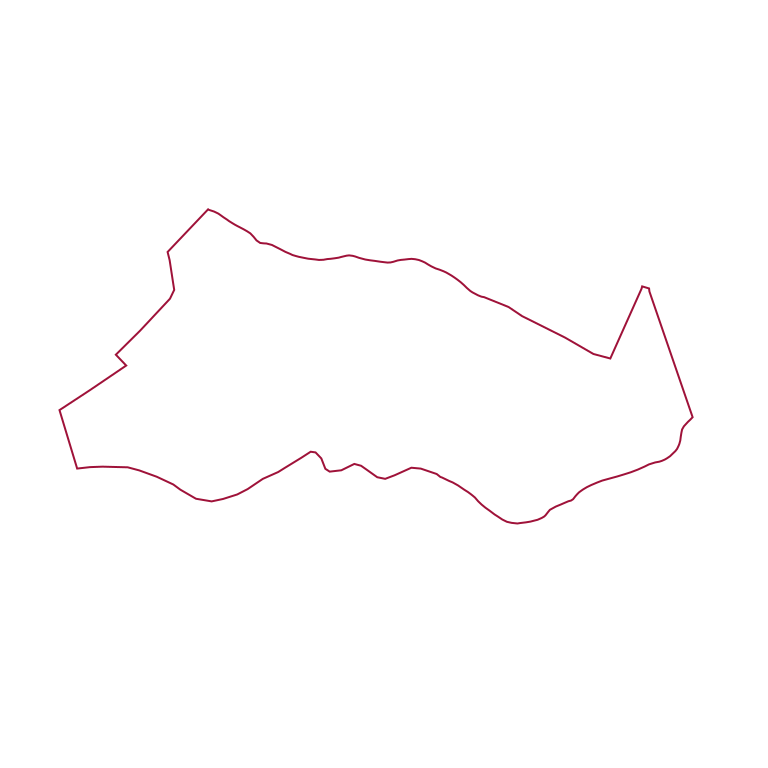 Derierre Bois, Laborie, Saint Lucia (Mercator projection), rotated 105°
{"feature_id": "8701671B73692307492725", "entity_name": "Derierre Bois", "entity_type": "district", "adm_level": 2, "iso_a3": "LCA", "parent_name": "Saint Lucia", "parent_adm1": "Laborie", "projection": "mercator", "projection_center": [-60.977, 13.768], "detail": "fine", "context": "isolated", "style": "outline", "palette": "rose", "viewbox_px": 768, "rotation_deg": 105, "n_neighbors": 0, "source": "geoboundaries", "source_scale": "gbopen_adm2", "svg_char_len": 2666}
<svg xmlns="http://www.w3.org/2000/svg" viewBox="0 0 768 768"><g transform="rotate(105 384 384)"><path d="M425.1,650.6L432.9,637.8L466.3,666.7L493.2,690.7L545.1,658.5L540.4,646.5L536.7,634.5L530.8,610.0L530.8,598.0L532.4,579.5L535.6,561.5L538.8,553.3L543.5,535.9L542.0,520.1L536.7,509.7L528.7,497.2L520.8,488.5L507.0,476.5L496.4,463.4L490.6,458.0L476.8,444.9L468.4,437.3L467.8,432.4L472.1,425.3L481.1,418.7L482.7,413.8L478.4,402.9L468.9,392.0L468.9,385.0L471.5,377.9L475.8,366.4L475.3,358.3L469.4,350.1L457.8,335.9L456.2,326.6L457.3,309.8L459.2,305.5L459.3,303.8L460.8,295.9L461.3,292.2L462.8,286.3L465.4,278.9L466.6,275.0L467.9,271.7L468.8,269.6L470.1,266.8L472.9,262.7L475.2,258.5L477.2,254.1L479.0,249.3L481.4,243.4L482.5,239.9L484.3,234.6L485.3,229.6L485.1,224.8L484.2,219.0L483.2,216.8L480.9,211.1L479.0,206.9L477.3,203.9L475.4,200.5L472.6,197.0L470.6,195.0L469.0,194.0L465.0,192.3L462.6,191.2L457.9,186.3L454.7,182.1L452.0,178.7L449.5,175.5L448.2,173.2L446.3,171.5L442.9,170.1L440.5,168.9L438.2,167.6L436.2,166.0L434.3,164.4L431.1,161.3L427.9,157.6L424.0,152.6L420.8,148.2L416.4,140.7L412.9,134.7L409.1,128.6L405.4,122.8L401.0,116.7L396.3,110.9L393.1,107.3L389.6,101.8L387.8,98.0L386.3,95.7L384.3,93.2L382.5,91.4L381.1,90.2L379.7,89.0L376.7,87.2L373.4,85.2L370.8,84.1L367.1,83.4L365.2,83.2L361.8,83.2L358.1,83.7L354.3,84.1L350.8,84.3L347.3,83.4L344.0,81.7L341.9,80.6L339.3,79.0L336.2,77.3L225.9,151.6L223.1,152.7L222.9,159.9L225.3,159.9L300.8,172.0L300.8,189.5L292.3,221.2L282.7,268.2L277.4,283.6L274.2,309.8L274.4,312.0L274.4,312.7L274.2,314.5L274.0,316.1L272.6,322.3L271.8,324.7L269.8,328.8L267.7,332.5L265.8,336.3L264.2,340.1L263.0,343.3L261.8,346.8L261.0,349.7L260.2,352.7L259.7,355.6L259.2,360.0L259.0,364.0L258.1,368.8L257.2,372.2L256.1,375.8L255.6,378.7L255.2,382.4L255.4,386.2L256.0,389.8L257.1,392.9L258.5,396.4L259.8,399.9L261.2,402.9L263.6,406.7L264.9,409.2L265.8,412.0L266.3,415.4L266.8,418.9L267.5,425.0L268.1,429.3L268.6,434.3L268.6,437.6L268.6,440.8L268.3,444.7L268.3,447.4L268.8,451.0L269.7,453.3L272.3,458.1L273.7,460.5L275.3,464.1L276.9,468.0L278.0,471.1L279.7,474.7L281.0,478.9L281.5,482.7L282.2,487.1L282.6,489.7L282.9,494.2L283.2,499.2L283.2,502.1L283.1,505.8L282.6,508.4L281.9,513.4L280.7,518.7L279.3,525.4L278.7,528.2L278.7,533.9L279.3,536.7L279.8,540.1L278.3,544.3L275.6,548.0L273.1,552.1L271.9,555.8L270.9,559.6L269.8,564.5L269.4,566.4L268.7,569.3L267.8,572.4L266.7,576.0L265.9,578.0L265.0,580.7L264.5,582.2L263.2,585.6L262.3,588.1L261.9,590.1L261.4,592.8L261.3,594.6L261.1,598.4L260.8,599.1L312.5,627.2L319.9,623.1L341.3,613.7L347.4,611.0L357.0,612.8L395.8,633.5L425.1,650.6Z" fill="none" stroke="#9f1239" stroke-width="2"/></g></svg>